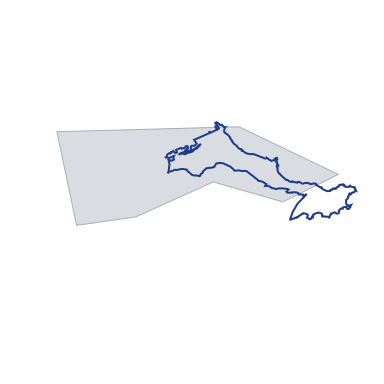 location of East Mahe, Anse Royale, Seychelles, rotated 297°
{"feature_id": "34574756B49819614716360", "entity_name": "East Mahe", "entity_type": "district", "adm_level": 2, "iso_a3": "SYC", "parent_name": "Seychelles", "parent_adm1": "Anse Royale", "projection": "natural_earth1", "projection_center": [55.513, -4.728], "detail": "fine", "context": "in_parent", "style": "outline", "palette": "blue", "viewbox_px": 384, "rotation_deg": 297, "n_neighbors": 0, "source": "geoboundaries", "source_scale": "gbopen_adm2", "svg_char_len": 6312}
<svg xmlns="http://www.w3.org/2000/svg" viewBox="0 0 384 384"><g transform="rotate(297 192 192)"><path d="M271.4,204.2L274.1,314.3L224.4,277.5L210.6,206.3L144.3,153.2L109.9,104.3L184.4,44.2L271.4,204.2Z" fill="#d9dde1" stroke="#a8b0b8" stroke-width="1"/><path d="M210.8,153.2L211.7,153.7L211.5,154.6L212.2,156.6L214.1,157.9L215.8,159.6L214.7,159.6L214.1,160.2L213.3,160.3L212.7,161.1L212.2,160.5L211.2,160.2L210.6,159.6L210.6,159.2L210.2,158.8L210.1,158.1L210.3,157.2L209.9,156.5L209.1,157.4L208.3,157.7L206.5,159.4L199.6,161.8L197.5,161.8L199.4,162.2L201.8,164.9L203.8,166.5L204.3,167.1L204.4,167.9L204.8,168.5L208.0,172.5L209.6,177.3L208.8,178.1L207.2,184.5L208.0,187.3L208.8,188.3L209.5,191.6L210.6,192.0L211.3,191.6L212.1,191.6L213.6,192.7L214.3,192.8L215.0,192.4L215.8,192.6L219.9,194.2L220.5,195.5L221.5,196.3L221.8,197.5L223.6,199.4L223.8,200.1L224.9,200.5L228.4,200.7L230.1,202.9L231.2,205.1L231.3,206.0L231.7,206.8L232.0,214.8L231.1,218.3L230.3,219.8L230.6,220.7L232.7,224.2L233.1,226.4L234.3,228.8L235.1,229.9L235.3,231.7L232.7,244.7L232.2,245.9L232.9,248.8L233.2,251.2L232.8,252.9L232.9,254.5L230.5,254.5L232.2,257.0L231.8,261.6L232.5,263.7L232.7,265.5L234.4,267.3L236.1,270.5L238.0,275.7L237.7,275.9L237.9,276.7L236.9,276.3L235.7,276.5L235.1,276.1L234.7,277.3L235.8,279.6L236.9,280.9L236.9,281.7L237.7,282.3L238.5,283.7L238.8,284.9L239.1,285.3L239.3,286.8L238.9,287.5L239.0,287.8L238.3,288.6L238.8,289.1L240.0,292.0L239.2,292.3L239.1,292.7L239.5,293.3L242.3,295.2L229.5,291.3L219.9,290.8L212.0,291.9L212.0,292.5L213.4,293.0L214.5,294.9L215.0,295.0L215.6,295.6L215.9,295.6L216.4,296.4L216.8,296.5L216.8,297.2L217.6,297.3L218.3,298.1L219.3,298.1L220.8,299.3L222.0,299.7L222.6,300.5L223.0,300.4L223.5,301.0L223.8,301.0L224.5,304.6L223.9,305.8L221.3,306.1L221.4,307.8L221.2,307.9L221.0,308.9L221.4,309.0L221.6,309.7L222.4,310.5L222.8,310.3L223.4,310.5L223.5,310.3L224.0,310.6L224.3,310.4L224.4,311.1L225.0,310.8L225.9,310.9L226.4,310.2L227.7,310.8L229.5,312.3L231.0,314.0L231.4,315.0L231.7,317.3L230.8,318.5L230.5,318.5L230.3,319.1L229.6,318.8L229.3,319.1L230.3,321.0L230.5,322.1L230.9,322.4L231.3,323.4L231.7,324.6L231.7,325.0L231.4,325.2L231.5,325.9L232.1,326.0L233.0,325.6L233.7,325.9L234.6,325.8L234.8,325.5L236.0,325.6L236.3,326.6L237.5,327.2L238.7,328.4L238.4,330.5L239.3,332.0L240.4,332.3L241.2,332.1L241.4,331.5L242.7,331.5L244.4,331.9L245.5,333.2L245.5,333.9L246.5,333.8L246.6,333.5L247.1,333.8L247.8,334.6L248.5,336.0L248.5,336.4L247.4,338.0L247.7,338.9L248.3,339.4L249.0,339.7L249.3,339.7L249.2,339.4L250.0,339.8L250.3,339.4L251.2,339.7L251.5,339.4L251.7,339.5L251.7,339.2L252.2,339.3L251.0,338.2L250.8,337.9L251.1,337.2L250.5,336.9L250.4,336.5L251.3,335.0L252.0,334.4L254.7,332.9L257.1,333.8L258.2,333.6L258.3,333.2L258.6,333.0L259.5,333.4L260.4,333.2L260.9,333.7L261.2,333.5L261.4,333.7L261.6,333.4L262.0,334.2L262.5,333.6L262.9,334.4L264.4,335.3L264.4,335.6L264.8,335.7L265.7,336.8L267.4,337.3L267.8,337.0L267.8,337.3L268.5,336.4L268.4,336.2L268.8,336.2L269.5,335.6L269.4,335.1L270.1,334.8L270.0,334.2L269.7,334.0L269.0,331.5L269.4,329.8L269.0,329.6L268.3,329.7L267.8,329.4L267.2,328.4L267.0,327.5L266.3,326.7L266.4,324.8L267.0,324.9L267.5,324.4L267.6,323.3L266.7,322.8L266.5,321.8L266.0,321.7L265.9,320.9L265.0,320.0L263.9,320.0L263.5,320.3L262.4,319.1L261.1,318.9L260.8,318.4L260.5,318.8L260.1,318.2L259.6,318.1L259.4,316.6L259.0,316.5L258.9,315.8L257.3,315.6L256.9,315.1L257.0,314.7L256.5,314.4L255.6,314.6L254.1,312.0L253.9,308.5L254.1,306.2L254.4,305.2L254.8,305.4L255.1,305.2L254.4,304.6L254.6,299.8L254.7,299.5L255.0,299.6L255.3,299.3L255.6,298.5L254.8,296.3L254.2,295.9L253.0,294.3L252.7,292.2L252.9,291.9L252.5,290.6L251.7,289.5L251.6,288.8L250.0,287.3L249.6,286.5L249.7,284.6L249.4,282.7L249.6,282.5L249.0,281.8L248.0,281.5L248.0,280.3L247.3,279.3L247.5,278.7L247.0,277.4L247.0,276.7L246.6,276.8L245.9,275.4L245.7,274.3L246.1,270.9L245.5,270.4L247.4,263.3L248.1,261.9L247.9,261.8L248.2,260.8L248.9,259.7L250.0,258.5L251.7,257.7L251.9,257.2L253.1,256.1L253.3,256.3L253.6,256.0L253.8,256.4L253.9,256.1L254.5,255.9L254.9,256.4L255.3,256.4L255.3,255.7L255.8,254.7L256.3,254.6L256.2,254.5L256.4,254.1L257.1,253.7L257.4,253.1L258.1,253.3L258.5,252.2L258.9,252.4L259.3,252.1L259.8,252.9L260.1,252.5L260.3,252.8L260.7,252.6L260.9,252.2L260.4,252.0L260.4,251.4L259.9,251.0L259.3,251.1L258.6,250.5L257.3,250.7L256.4,249.0L255.8,248.7L255.8,246.9L256.4,243.1L255.9,243.3L255.0,241.9L253.8,230.0L253.4,229.5L253.5,229.0L252.8,227.6L252.5,227.5L252.2,226.9L251.2,223.2L251.2,221.9L251.7,218.0L251.4,218.3L251.3,218.0L252.2,217.6L252.0,216.7L252.2,216.1L252.4,216.1L252.1,215.4L252.0,214.1L253.7,209.9L254.0,207.6L255.1,205.1L255.4,205.2L255.9,204.3L254.8,204.2L255.9,204.3L257.0,201.9L257.5,201.4L257.6,201.5L258.1,200.8L258.1,200.6L259.3,197.9L259.2,197.6L259.6,196.2L259.5,195.0L260.2,193.4L261.6,192.6L263.7,192.3L264.2,191.6L264.7,191.9L264.4,191.3L264.8,190.4L265.0,188.8L265.3,188.7L265.5,188.2L264.7,187.6L264.5,186.9L264.6,186.1L265.1,185.4L264.8,184.0L265.4,183.5L265.1,182.9L265.3,182.3L264.5,181.7L264.0,181.9L263.8,181.7L263.2,183.1L262.3,183.5L262.6,184.1L262.4,185.5L260.7,187.1L258.8,186.0L260.4,184.1L260.4,183.8L258.7,185.9L253.4,181.7L253.8,180.8L253.4,180.2L252.6,181.0L239.5,170.2L237.2,174.2L234.5,173.5L233.0,170.7L232.2,170.3L230.5,171.1L229.9,171.8L229.5,173.0L229.0,173.0L229.1,172.4L228.1,171.7L226.4,168.6L225.5,167.4L225.1,167.5L225.2,167.1L225.6,166.9L226.8,167.6L227.8,167.7L229.5,168.6L230.1,168.2L230.7,167.1L230.5,166.2L229.7,165.7L228.7,165.8L228.1,165.2L227.4,165.0L226.9,164.0L225.8,163.2L226.3,162.1L222.2,158.6L220.6,160.6L219.9,160.4L219.2,159.1L219.2,158.4L220.5,155.8L220.0,156.8L218.1,155.3L217.6,155.8L216.8,155.5L216.3,155.0L216.3,154.1L214.9,153.3L213.2,153.0L212.4,153.1L212.0,153.6L210.9,152.9L210.8,153.2ZM219.1,163.2L220.4,163.6L221.6,164.5L225.1,167.8L226.6,170.1L227.6,172.4L228.2,173.1L231.2,174.3L233.3,175.8L237.2,177.0L238.1,177.7L238.0,177.9L237.4,177.8L237.3,178.2L237.4,177.5L237.1,177.3L236.6,177.7L234.9,176.9L233.2,176.8L231.1,174.6L230.3,174.8L228.3,174.1L228.1,173.4L227.6,173.3L227.6,173.0L227.1,172.4L226.8,172.6L226.4,172.2L226.4,171.7L226.1,172.0L225.4,171.1L225.1,170.1L224.2,169.6L223.8,169.7L223.1,168.9L222.6,168.9L221.9,165.9L221.5,165.7L221.0,164.5L219.1,163.2Z" fill="none" stroke="#1e3a8a" stroke-width="2"/></g></svg>